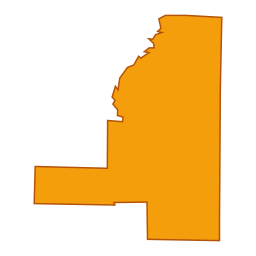 Jackson, Arkansas, United States of America
{"feature_id": "52423323B15986189273737", "entity_name": "Jackson", "entity_type": "district", "adm_level": 2, "iso_a3": "USA", "parent_name": "United States of America", "parent_adm1": "Arkansas", "projection": "natural_earth1", "projection_center": [-91.26, 35.622], "detail": "fine", "context": "isolated", "style": "filled", "palette": "amber", "viewbox_px": 256, "rotation_deg": 0, "n_neighbors": 0, "source": "geoboundaries", "source_scale": "gbopen_adm2", "svg_char_len": 633}
<svg xmlns="http://www.w3.org/2000/svg" viewBox="0 0 256 256"><path d="M219.6,202.6L220.3,91.7L221.0,54.6L221.8,17.4L185.7,15.4L165.4,15.4L158.9,18.8L160.9,28.3L157.6,31.4L162.0,32.5L155.5,34.7L152.8,39.3L148.8,38.8L153.7,43.6L154.0,47.9L149.1,47.9L144.3,51.7L148.9,52.6L140.9,58.1L138.6,56.3L133.7,65.1L127.5,67.4L119.8,78.1L118.0,89.8L115.4,86.3L112.1,97.2L115.0,100.1L112.9,104.1L117.7,109.9L117.4,115.4L123.1,117.2L122.5,121.7L107.6,120.5L107.5,142.6L107.3,168.3L35.2,166.5L34.2,203.6L114.9,205.0L113.9,202.5L147.0,202.1L147.5,239.3L219.5,240.6L219.5,222.1L219.6,202.6Z" fill="#f59e0b" stroke="#b45309" stroke-width="1.5"/></svg>